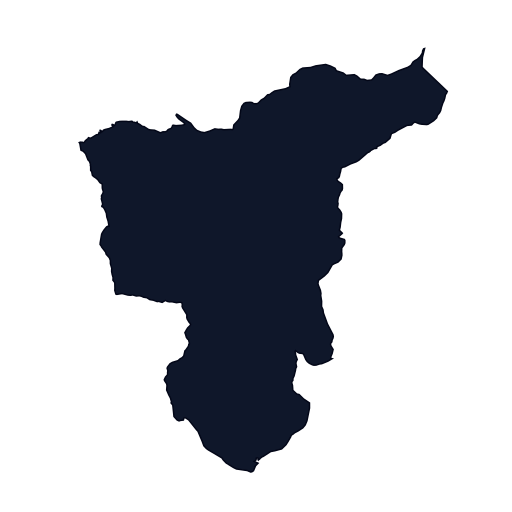 Crucea, Suceava, Romania (Albers equal-area conic projection), rotated 183°
{"feature_id": "2599482B26310091603045", "entity_name": "Crucea", "entity_type": "district", "adm_level": 2, "iso_a3": "ROU", "parent_name": "Romania", "parent_adm1": "Suceava", "projection": "albers", "projection_center": [25.599, 47.366], "detail": "fine", "context": "isolated", "style": "filled", "palette": "ink", "viewbox_px": 512, "rotation_deg": 183, "n_neighbors": 0, "source": "geoboundaries", "source_scale": "gbopen_adm2", "svg_char_len": 6084}
<svg xmlns="http://www.w3.org/2000/svg" viewBox="0 0 512 512"><g transform="rotate(183 256 256)"><path d="M438.4,360.0L437.8,359.1L436.3,352.5L434.0,351.6L431.5,349.2L428.8,343.2L427.3,341.8L426.5,340.0L426.1,338.6L426.2,337.8L425.8,336.7L425.6,332.9L425.3,332.4L424.8,332.2L424.5,331.6L423.6,328.0L422.2,326.8L420.4,325.8L418.0,324.0L415.7,321.1L413.3,319.8L413.1,316.3L412.9,315.1L411.8,312.2L412.3,310.3L413.4,308.3L413.5,307.7L413.1,306.3L413.4,305.6L413.4,304.8L412.0,300.4L411.9,299.4L412.6,297.8L412.5,297.3L411.4,296.9L410.5,296.0L409.4,294.3L407.7,290.9L407.0,287.1L405.5,283.1L404.3,277.9L405.5,278.0L406.7,277.3L409.0,274.2L410.6,271.4L411.3,269.7L412.3,261.1L412.3,259.3L411.1,257.9L410.6,256.9L406.4,252.0L405.7,249.9L402.4,246.6L401.2,244.0L401.0,240.7L399.4,236.2L399.4,233.2L398.7,230.2L397.6,227.0L397.6,224.3L396.1,222.7L395.6,221.6L395.2,216.4L395.2,214.2L393.9,210.6L393.3,210.4L392.4,210.5L388.4,211.4L387.1,211.4L381.9,210.3L379.2,210.2L377.1,210.7L373.5,209.8L370.4,210.2L369.3,210.0L368.5,209.9L366.2,209.0L362.7,208.6L359.8,206.9L356.2,206.5L352.3,205.3L350.7,205.6L347.9,204.9L347.2,204.8L344.2,206.9L342.1,206.0L340.1,205.7L337.4,205.9L333.0,205.2L329.9,205.8L328.0,205.7L327.6,205.5L327.0,203.3L327.2,202.0L326.6,200.4L322.0,193.8L321.9,190.9L321.4,189.4L319.3,186.3L318.0,185.0L317.7,184.0L318.3,183.0L320.4,180.7L321.4,179.0L323.0,175.7L322.2,173.9L321.3,171.2L320.1,169.6L319.0,168.8L318.0,165.7L317.9,164.9L318.5,164.4L318.5,163.4L319.0,161.9L321.2,158.4L322.0,157.6L322.9,152.4L324.4,150.6L326.5,149.3L328.4,147.4L333.9,145.4L336.2,143.9L338.5,140.5L338.9,139.3L338.0,136.7L338.2,135.3L338.1,133.6L338.2,132.6L340.0,130.4L341.1,127.7L340.8,126.8L338.5,123.7L338.1,121.9L338.2,117.5L335.8,112.7L334.0,109.7L332.8,106.1L333.1,104.8L331.3,102.8L329.5,91.4L326.2,88.1L324.2,87.3L323.0,87.8L319.9,88.4L319.6,90.3L318.7,90.8L317.9,90.7L314.7,88.9L306.3,79.4L304.8,78.0L300.0,68.1L298.1,63.7L295.5,61.2L293.5,59.9L279.5,52.6L278.0,50.6L274.9,47.7L267.4,43.6L264.4,42.3L253.5,41.3L250.0,40.0L248.8,40.3L248.4,40.6L248.6,40.7L247.3,41.4L245.6,46.1L245.8,46.1L243.1,49.2L247.2,50.8L245.3,52.3L245.1,54.3L244.3,54.6L243.5,54.3L243.3,52.8L243.0,52.3L241.6,53.6L241.0,54.5L239.8,55.3L239.2,56.0L238.4,56.2L231.1,61.5L227.0,62.5L220.3,64.7L216.2,69.1L214.3,72.5L212.0,77.0L211.5,78.6L210.9,79.3L209.9,79.9L208.2,81.5L204.8,83.5L200.3,86.8L198.0,89.9L196.5,94.1L194.6,106.9L194.9,112.1L201.1,115.8L205.7,119.9L208.1,120.3L212.2,123.8L212.8,128.7L213.6,131.0L213.6,132.5L212.7,133.6L212.7,135.8L211.7,138.2L210.6,144.0L210.5,145.6L209.7,147.5L210.5,150.6L210.4,152.5L209.4,154.8L211.3,159.4L211.5,161.2L212.1,162.6L211.6,163.6L208.7,161.7L207.6,161.3L204.7,161.1L203.9,160.8L203.5,160.5L202.9,159.5L200.8,155.2L199.3,153.3L197.2,151.7L194.0,150.3L192.5,150.0L190.3,150.2L186.9,151.5L184.7,151.9L178.6,154.8L174.7,157.4L176.0,157.6L176.0,159.4L174.9,162.5L174.1,166.7L176.4,170.0L176.9,171.4L176.9,172.7L175.8,174.2L175.6,176.2L174.9,177.8L174.6,179.6L175.0,181.4L181.1,191.8L185.7,202.6L186.3,205.8L187.9,209.0L188.1,214.3L189.3,219.9L189.2,222.0L189.9,225.1L192.1,229.9L192.7,231.6L192.4,234.9L186.7,239.7L183.4,243.3L179.4,251.2L177.3,252.5L173.8,254.2L170.9,257.4L170.3,261.2L170.5,263.6L170.7,264.3L170.8,268.5L168.5,272.0L168.0,273.6L168.1,276.1L168.6,277.1L173.1,278.2L174.2,278.8L174.6,279.6L171.5,282.6L171.0,283.3L174.1,286.1L173.5,289.3L173.2,294.1L172.6,297.9L172.7,302.6L173.3,304.1L175.0,306.5L176.6,307.9L177.2,309.2L176.9,311.0L176.8,312.8L177.3,314.3L177.1,317.3L176.8,319.1L175.8,321.6L175.4,323.3L174.5,325.1L173.5,326.3L173.2,328.0L173.5,331.8L175.3,333.3L178.2,335.0L179.2,336.7L179.3,337.5L177.5,338.5L176.9,340.1L176.6,342.2L176.0,344.7L175.7,347.2L175.4,348.3L173.7,349.3L172.0,349.7L166.5,352.9L160.9,355.3L158.3,357.0L149.9,365.1L148.7,365.6L147.5,366.6L147.1,367.3L143.5,369.5L141.6,369.7L141.0,370.1L141.0,371.2L140.8,371.6L137.7,373.1L134.9,375.4L132.9,376.2L128.4,380.5L127.3,385.0L126.8,385.5L123.9,386.8L120.8,389.1L112.1,394.3L107.5,395.0L106.0,396.9L104.4,398.1L99.8,396.6L97.7,396.3L92.4,396.2L91.0,396.6L85.7,400.4L82.8,403.5L82.5,405.0L81.9,406.5L80.2,408.7L79.2,411.0L78.6,414.3L77.4,418.7L76.5,420.8L75.8,423.3L75.2,427.1L74.3,428.4L73.6,430.4L99.2,452.4L100.1,453.5L100.2,463.0L98.5,472.0L99.5,471.6L100.3,469.6L100.5,467.3L102.5,463.7L105.3,460.8L107.3,459.6L109.3,458.0L111.2,454.5L114.2,452.4L122.9,448.7L130.2,444.8L134.1,443.2L139.7,444.6L142.5,444.3L145.7,443.0L147.9,439.9L149.8,437.8L154.3,437.1L157.2,438.1L160.9,438.0L164.6,440.9L167.3,442.2L175.4,441.1L178.5,443.3L185.5,445.2L186.9,447.6L191.6,449.6L196.4,450.9L206.2,449.0L211.3,447.1L219.1,446.1L221.8,444.6L225.4,440.8L228.6,438.9L230.6,436.2L231.3,429.2L230.9,426.8L235.2,424.6L246.1,421.7L248.7,419.8L250.7,418.0L252.8,417.6L256.0,414.0L258.9,412.1L261.7,408.8L263.4,408.1L266.2,408.0L268.1,409.1L270.0,409.2L274.1,408.7L275.9,407.8L278.0,404.8L279.0,400.4L279.5,393.0L281.0,390.4L285.0,385.7L285.4,381.7L286.0,381.0L288.0,381.1L294.7,380.4L297.3,380.8L300.4,380.5L303.8,380.8L308.6,378.4L313.9,376.5L317.6,376.9L321.8,378.4L324.7,380.9L328.2,385.2L333.1,387.9L341.8,393.2L342.6,393.5L342.9,393.2L343.2,392.3L341.9,390.5L340.3,388.9L335.5,385.7L334.0,384.3L334.1,383.8L334.9,383.2L337.5,382.6L342.7,382.0L345.7,382.3L346.3,381.5L346.6,380.3L347.4,379.0L349.9,377.9L350.6,377.4L351.5,376.1L352.9,375.3L355.6,375.1L357.5,374.2L358.1,374.1L363.9,376.3L368.3,376.4L370.1,376.8L374.6,379.4L375.7,379.4L376.8,379.8L379.1,381.4L381.1,382.2L381.8,383.6L382.3,382.9L382.8,382.7L384.7,383.2L386.0,383.1L386.6,383.9L387.1,384.1L387.5,383.8L388.1,383.9L390.1,383.5L392.8,383.7L398.8,383.3L402.5,382.3L402.9,381.8L403.5,379.9L404.1,379.0L406.0,379.9L406.6,379.8L406.7,379.2L405.4,377.6L406.5,377.0L409.3,375.6L413.4,374.4L414.9,373.7L415.8,372.3L416.4,372.4L417.9,373.4L418.3,373.3L418.2,372.7L417.3,371.2L417.6,370.9L419.2,371.2L419.4,370.5L419.6,369.2L421.7,368.7L426.8,365.2L427.9,365.0L429.5,365.4L430.1,364.2L431.2,363.4L432.6,362.0L433.3,360.6L434.1,360.2L435.3,360.5L437.6,360.5L438.0,360.1L438.4,360.0Z" fill="#0f172a" stroke="#020617" stroke-width="1.5"/></g></svg>